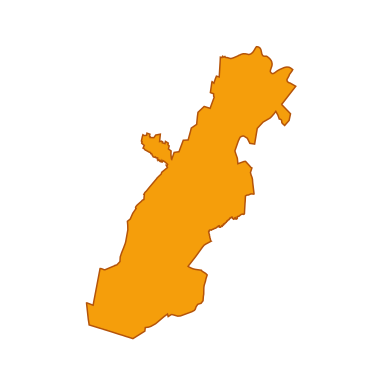 outline of Vaidavas pag., Kocenu, Latvia, rotated 282°
{"feature_id": "27541924B99767598145301", "entity_name": "Vaidavas pag.", "entity_type": "district", "adm_level": 2, "iso_a3": "LVA", "parent_name": "Latvia", "parent_adm1": "Kocenu", "projection": "robinson", "projection_center": [25.291, 57.431], "detail": "fine", "context": "isolated", "style": "filled", "palette": "amber", "viewbox_px": 384, "rotation_deg": 282, "n_neighbors": 0, "source": "geoboundaries", "source_scale": "gbopen_adm2", "svg_char_len": 5937}
<svg xmlns="http://www.w3.org/2000/svg" viewBox="0 0 384 384"><g transform="rotate(282 192 192)"><path d="M64.5,190.7L67.5,193.4L65.2,194.6L67.8,197.2L68.0,198.4L67.6,203.8L68.4,206.5L74.9,216.8L76.8,219.0L78.2,219.6L80.3,219.8L81.7,220.3L82.9,220.8L83.5,221.2L85.0,224.0L87.9,225.4L92.3,224.8L94.5,224.7L100.7,223.5L103.1,223.3L107.4,223.7L110.0,223.7L114.0,224.1L115.2,222.3L116.4,219.0L117.2,217.3L117.4,217.3L117.0,211.1L117.1,208.9L117.3,207.6L117.9,205.1L118.1,204.5L118.5,203.6L129.6,209.0L140.4,213.8L142.5,214.9L144.5,216.9L144.5,217.0L147.9,221.0L148.2,220.4L149.9,219.7L151.4,218.8L152.2,218.6L152.9,218.2L153.6,217.9L154.0,217.9L154.8,217.3L155.7,217.0L156.3,216.6L156.9,216.5L157.1,216.9L157.6,217.1L158.1,216.9L158.4,217.1L158.8,218.3L159.0,218.5L159.0,218.8L158.8,218.9L158.8,219.0L159.2,219.2L159.4,219.5L160.0,220.2L160.0,220.5L160.7,221.1L160.8,221.5L161.3,221.9L161.4,222.1L161.4,222.5L161.9,223.0L162.7,223.8L163.3,224.0L164.1,224.8L163.9,224.9L164.0,225.1L164.0,225.3L164.5,225.3L164.7,225.7L163.7,226.2L163.4,226.0L163.3,226.4L163.4,226.9L163.5,227.3L164.7,227.9L165.2,228.1L165.1,228.4L164.9,228.8L166.6,229.3L166.6,229.6L166.5,229.8L167.0,230.0L167.6,229.9L167.7,230.5L167.9,230.8L168.7,230.9L168.9,231.2L169.4,231.8L169.7,231.9L170.1,231.9L170.4,232.0L170.7,232.2L170.9,232.6L171.3,232.5L171.4,232.8L171.5,232.9L172.1,233.2L172.4,233.3L172.5,233.4L172.5,233.8L172.7,234.0L173.6,234.2L173.9,234.6L174.1,234.6L174.3,234.5L174.5,234.6L174.7,235.4L174.8,235.5L175.2,235.5L175.3,235.8L175.7,236.0L175.8,236.2L175.8,236.5L175.6,236.7L175.1,236.9L174.6,237.3L174.1,238.1L174.4,238.4L174.4,238.5L174.2,238.7L174.3,238.8L175.3,239.0L175.9,239.6L175.6,239.8L175.0,239.8L174.8,239.9L174.7,240.0L175.0,240.3L175.2,240.8L174.8,241.1L174.8,241.3L175.8,241.8L176.1,241.8L176.4,241.5L177.0,241.3L177.5,241.7L177.7,241.9L177.9,242.7L178.1,243.0L180.2,244.7L181.0,246.2L181.0,246.4L180.8,246.6L180.8,246.9L181.0,247.0L181.2,247.5L181.3,247.7L181.9,247.8L182.2,247.7L191.9,246.2L194.3,245.9L199.2,245.1L200.3,246.2L200.4,246.5L200.7,247.5L200.8,247.8L202.3,249.9L202.4,250.4L202.6,251.0L202.7,252.5L202.8,252.9L203.0,253.1L213.9,249.4L217.0,248.5L218.7,247.7L221.0,246.2L223.2,245.1L228.0,245.6L228.4,244.3L229.5,243.0L233.1,238.0L232.7,236.6L229.2,231.0L234.5,229.3L238.6,226.8L241.1,225.4L251.5,226.7L255.4,227.6L256.4,228.5L256.9,229.3L257.5,230.4L257.3,231.6L256.1,234.9L251.6,238.5L251.9,243.3L267.8,242.6L275.2,247.0L280.5,252.9L282.2,254.1L285.6,256.0L288.3,257.2L285.1,260.0L281.5,262.2L281.6,263.4L280.9,264.6L278.5,265.5L277.8,266.2L276.3,268.8L282.2,272.1L289.0,272.1L296.3,261.4L296.2,261.2L297.2,261.9L317.0,271.5L319.0,265.2L319.0,264.2L319.5,263.0L319.8,262.5L320.5,261.9L321.3,261.6L321.8,261.5L326.1,262.8L327.0,262.8L331.3,264.7L332.7,265.1L333.7,262.9L334.2,261.2L334.1,259.6L333.7,258.0L332.9,256.3L329.9,252.1L328.2,250.2L325.8,248.1L324.8,246.9L324.6,246.3L324.5,245.7L324.7,245.2L325.1,244.5L325.6,243.9L326.2,243.5L327.7,243.4L331.6,243.9L332.8,243.9L334.0,243.7L334.8,243.4L336.1,242.8L336.9,242.2L338.2,240.8L338.9,239.8L340.1,237.4L340.3,236.6L339.9,234.9L339.8,233.6L340.3,232.7L341.2,231.9L341.8,231.5L344.1,230.5L345.7,229.7L346.2,229.3L347.0,228.5L347.2,228.1L347.6,227.1L347.7,226.1L347.6,225.1L347.5,224.8L345.9,224.1L343.4,223.3L341.1,222.3L339.5,221.0L339.1,220.6L338.5,219.5L338.2,218.7L338.3,218.0L338.3,215.7L337.9,213.4L337.7,213.0L336.8,211.3L336.0,210.4L335.7,209.7L334.5,208.4L331.9,204.7L331.1,203.3L330.7,202.4L330.6,201.9L330.6,200.5L330.8,199.0L330.8,198.4L330.6,197.2L330.7,196.8L330.8,196.6L331.4,196.0L330.8,195.5L330.5,195.0L330.5,194.7L330.7,194.3L331.1,194.0L331.2,193.7L329.7,193.3L329.8,191.7L324.9,192.5L310.2,194.7L310.4,191.8L307.5,191.3L303.0,190.8L304.1,188.7L303.6,188.6L293.1,189.3L292.9,190.3L292.6,192.7L290.1,193.3L289.4,194.0L277.6,192.3L278.2,186.3L278.2,186.1L271.2,181.3L266.9,181.6L259.1,182.5L254.4,178.0L251.0,177.9L242.1,177.4L241.2,174.2L240.8,172.7L234.8,171.8L228.7,170.9L227.0,166.3L219.7,165.4L220.0,165.0L224.3,163.6L227.8,163.0L229.2,160.0L232.3,160.1L233.3,158.6L234.9,158.6L236.0,155.5L233.7,155.5L234.0,152.7L235.0,152.8L235.4,151.5L234.6,149.8L242.0,149.0L240.2,144.7L237.2,143.4L236.6,139.7L237.4,139.6L237.6,138.9L239.8,138.8L240.2,135.7L238.0,135.8L237.3,133.4L237.8,132.1L235.6,131.9L231.3,131.9L230.8,132.7L229.3,132.6L227.6,135.6L224.8,135.0L224.8,135.4L224.5,136.0L223.6,137.0L223.2,137.9L223.2,138.5L223.0,138.9L222.2,141.4L222.0,142.1L222.1,142.7L221.8,143.2L221.0,143.6L220.9,143.7L221.1,144.5L220.3,145.1L219.8,145.4L219.5,145.6L218.6,146.6L218.3,146.8L218.3,147.0L218.3,147.4L218.2,147.8L218.2,148.1L218.7,148.9L218.5,149.2L218.1,149.4L218.1,149.8L217.9,150.0L217.9,150.3L218.2,150.6L218.2,151.2L218.2,151.3L217.7,151.4L216.4,151.5L216.4,151.9L216.2,152.1L215.8,152.2L216.0,152.5L216.5,152.7L216.4,152.9L216.5,153.0L216.3,153.4L215.8,153.7L215.9,153.8L215.5,153.9L215.5,154.0L215.8,154.3L215.1,154.8L215.3,155.6L215.7,155.6L215.2,155.9L215.1,156.3L215.0,156.5L215.2,156.8L216.7,157.0L215.7,159.5L214.0,162.4L213.0,162.2L212.8,161.2L212.3,161.6L212.3,161.8L212.3,162.1L211.8,162.0L211.5,162.3L211.1,162.8L210.8,162.9L205.0,158.3L203.1,158.1L198.8,155.1L197.6,154.6L196.1,153.8L188.6,149.8L183.1,147.0L182.5,146.5L181.6,146.0L179.7,145.4L179.6,145.9L174.6,146.5L173.9,145.4L173.3,144.9L172.4,144.5L171.8,144.0L167.9,141.1L166.8,140.5L165.8,140.1L165.1,140.0L164.4,140.3L164.2,140.7L158.9,138.5L152.7,137.2L149.9,134.9L146.3,136.0L145.9,136.1L141.7,137.1L129.7,137.5L127.8,137.4L123.8,136.8L123.6,136.8L121.4,136.4L118.0,135.8L113.6,135.3L109.0,136.0L108.1,135.5L104.9,133.5L104.4,132.4L104.4,132.2L104.2,132.2L97.8,123.0L97.7,122.0L98.0,120.7L98.2,118.7L98.0,118.0L60.7,118.8L61.7,112.2L61.5,111.9L45.7,117.1L42.1,118.5L40.6,119.0L38.5,142.4L37.7,150.0L37.4,154.0L37.0,157.2L36.8,159.8L36.3,164.7L46.1,174.8L49.7,174.5L50.7,177.4L51.7,179.2L52.1,179.8L55.6,183.8L64.5,190.7Z" fill="#f59e0b" stroke="#b45309" stroke-width="1.5"/></g></svg>